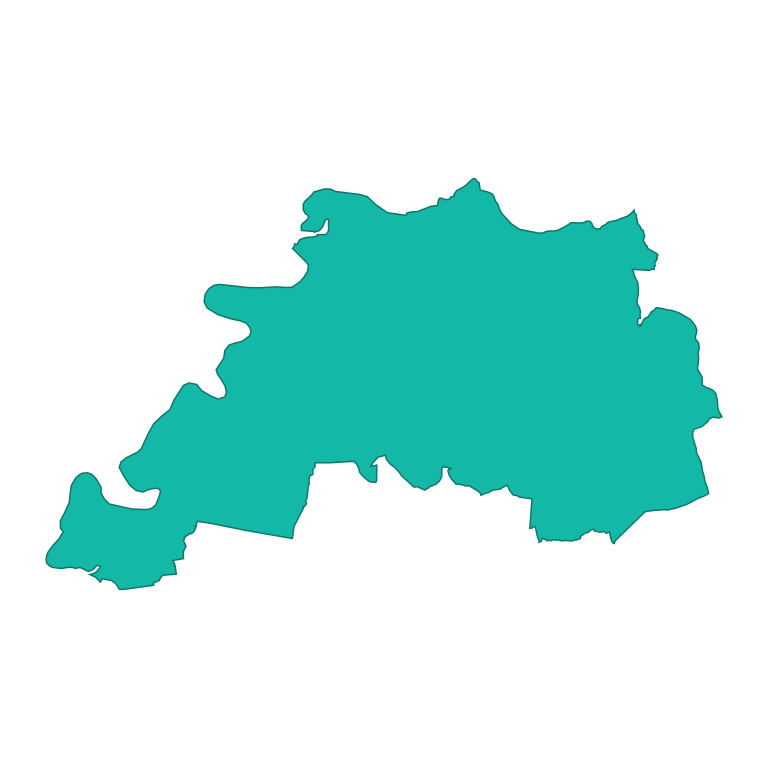 outline of Ion Creanga, Neamt, Romania
{"feature_id": "2599482B59992894618457", "entity_name": "Ion Creanga", "entity_type": "district", "adm_level": 2, "iso_a3": "ROU", "parent_name": "Romania", "parent_adm1": "Neamt", "projection": "robinson", "projection_center": [27.026, 46.861], "detail": "fine", "context": "isolated", "style": "filled", "palette": "teal", "viewbox_px": 768, "rotation_deg": 0, "n_neighbors": 0, "source": "geoboundaries", "source_scale": "gbopen_adm2", "svg_char_len": 6093}
<svg xmlns="http://www.w3.org/2000/svg" viewBox="0 0 768 768"><path d="M75.4,568.5L78.5,567.6L80.9,567.8L88.3,571.5L93.5,569.3L94.9,567.8L95.2,566.9L96.9,565.6L98.7,565.6L100.7,566.9L96.6,571.6L94.3,573.2L89.9,574.6L95.4,577.1L99.1,580.6L99.9,582.0L100.9,581.6L102.1,578.7L111.5,580.5L114.9,583.0L117.0,585.2L118.9,588.8L119.8,589.3L123.1,589.5L153.7,585.2L153.6,582.9L159.4,580.4L160.3,578.0L162.8,575.2L176.3,574.2L175.2,566.5L174.3,563.1L172.7,560.5L183.5,558.6L183.3,551.8L186.0,546.1L183.5,540.7L184.3,539.3L184.4,538.0L185.2,537.2L184.7,536.7L187.7,535.3L189.2,534.0L191.7,533.5L193.1,532.5L195.0,529.6L195.6,527.8L195.4,527.1L195.9,527.1L196.4,526.1L195.8,525.7L196.3,525.3L196.2,523.7L197.7,521.3L212.3,523.6L245.7,530.4L292.3,538.5L294.0,526.5L303.6,507.8L303.1,506.9L305.2,505.9L306.0,504.7L306.5,503.2L305.6,500.7L306.8,499.0L308.1,489.2L307.7,488.3L309.2,484.0L309.0,479.9L309.5,477.1L310.1,475.7L312.9,474.4L312.9,469.5L315.1,466.7L315.0,465.0L315.4,462.8L329.3,462.8L353.0,461.3L354.4,461.9L356.8,464.3L358.7,468.3L359.6,472.3L363.2,476.5L368.0,480.7L370.2,481.9L375.4,482.4L376.0,482.0L376.6,480.4L376.8,465.1L370.8,466.4L372.8,462.9L377.9,457.2L385.4,455.2L386.4,459.3L390.3,464.1L394.6,467.3L398.9,471.8L401.5,475.7L414.0,487.1L417.2,486.7L425.0,490.2L425.9,489.2L428.1,488.3L429.4,486.9L436.3,484.0L439.7,480.7L441.8,476.6L441.8,467.8L444.3,466.8L450.6,468.2L451.1,468.8L448.9,469.3L447.9,470.7L449.4,475.7L451.9,479.6L456.1,484.1L460.7,484.4L465.7,485.9L468.5,485.7L470.1,486.3L478.7,491.6L480.2,492.9L481.1,495.3L485.4,493.1L488.5,492.6L493.0,490.1L500.3,489.1L502.8,487.3L507.4,485.2L509.5,490.3L513.3,495.1L517.0,495.6L519.7,497.2L532.0,498.8L529.8,528.3L531.5,528.3L534.2,526.3L535.4,527.2L537.1,535.4L539.2,541.1L539.0,542.2L541.5,541.2L541.9,538.7L542.4,538.5L545.2,539.4L546.9,540.8L548.5,540.3L551.7,540.7L552.6,539.9L554.0,539.6L556.0,540.2L558.5,540.0L561.7,540.9L565.8,540.5L571.6,541.0L574.3,540.4L575.1,539.6L576.4,540.1L577.2,539.4L580.2,538.8L580.7,536.2L585.4,533.0L588.5,532.3L590.3,530.4L593.0,529.2L593.8,529.4L594.6,531.2L597.2,531.1L599.1,532.3L604.1,531.7L605.4,532.1L606.1,533.3L609.3,532.0L611.4,540.4L612.6,542.6L613.8,543.6L614.2,543.5L615.1,541.0L616.9,539.1L645.1,511.7L651.3,510.7L663.4,509.7L667.3,510.0L675.5,508.2L686.6,504.5L698.3,498.2L704.0,496.1L708.2,493.8L708.6,493.2L707.5,488.3L704.9,481.2L704.3,477.1L702.5,471.0L701.1,462.2L696.5,452.7L696.3,448.6L692.9,438.0L692.5,433.9L693.4,430.5L694.5,429.0L701.5,426.8L706.6,422.7L708.2,421.0L708.5,419.7L709.2,419.0L713.0,417.2L718.9,418.0L721.9,416.8L718.3,410.1L717.5,405.0L717.5,401.3L715.9,393.7L713.3,390.6L709.6,388.5L706.4,387.6L702.3,385.1L702.3,380.2L701.9,376.5L698.7,371.3L697.3,368.0L698.1,364.7L698.6,358.1L698.1,353.4L699.3,347.3L698.4,342.5L696.0,339.8L695.4,338.3L695.5,335.6L696.2,334.3L696.8,329.7L695.2,325.7L691.3,320.5L689.8,319.1L679.6,313.1L671.6,310.3L666.8,309.9L663.3,308.7L657.0,307.7L655.7,308.1L654.7,309.8L651.4,311.8L648.5,316.4L644.7,318.6L642.6,321.4L642.2,323.6L640.9,324.1L640.8,325.8L639.9,326.4L639.6,325.0L638.5,325.0L637.8,324.3L637.5,320.2L638.8,318.3L640.4,318.2L640.0,314.2L640.5,312.0L639.6,308.0L637.4,304.1L637.0,302.3L637.1,300.1L638.3,294.8L638.4,287.5L637.7,284.2L638.0,283.0L634.4,275.9L633.4,271.4L632.2,269.3L649.4,270.4L651.8,269.3L654.2,269.4L654.0,267.6L655.3,265.7L654.9,265.3L654.9,261.9L656.2,260.8L656.7,259.7L656.4,259.2L657.5,258.1L656.6,256.6L657.9,255.1L656.7,253.6L649.1,249.4L647.4,247.9L647.3,246.4L646.4,245.7L643.2,240.7L644.5,236.9L644.6,235.0L643.9,234.3L643.2,230.4L642.0,230.2L641.4,229.1L640.9,229.0L641.0,228.2L639.6,225.9L637.6,223.4L637.6,222.6L637.1,222.1L637.5,221.6L636.7,219.0L636.9,218.4L636.3,217.4L636.5,215.6L634.1,211.8L634.1,210.3L631.1,213.4L627.1,216.4L620.3,218.7L617.9,220.0L608.1,222.2L605.7,224.4L602.0,226.3L600.0,228.9L596.0,228.8L594.2,227.9L592.6,226.0L591.9,223.6L590.0,221.3L586.8,221.1L582.4,223.0L571.0,222.7L565.9,226.3L557.7,230.3L554.2,231.0L548.8,231.0L545.3,231.8L543.3,233.0L538.0,233.0L519.4,229.3L511.4,223.9L502.9,214.8L500.1,210.7L497.9,204.4L495.2,200.7L494.0,196.3L492.0,193.8L487.5,191.9L480.2,190.0L479.1,182.7L476.9,181.2L475.7,179.2L474.2,178.5L472.8,179.0L470.2,181.1L466.6,184.6L462.5,187.7L456.7,190.5L453.9,194.6L454.0,196.3L450.7,197.0L449.6,199.0L447.6,199.6L445.5,199.5L440.5,198.0L439.3,198.5L438.1,201.4L437.5,205.4L430.4,206.5L417.2,211.7L412.6,211.7L407.7,212.7L406.8,213.1L406.5,214.6L405.6,215.3L387.5,212.7L376.1,204.9L367.2,196.6L359.4,194.4L335.4,191.5L330.9,189.2L324.7,188.9L313.7,192.1L312.5,194.1L304.9,201.4L303.2,204.2L303.3,210.0L305.5,213.9L307.2,214.6L308.7,217.1L307.2,219.6L302.8,223.3L301.3,225.3L301.4,230.5L314.7,231.5L314.6,232.2L316.6,231.2L318.7,231.0L320.8,229.1L322.8,226.5L325.2,220.4L326.7,219.2L328.0,219.3L328.6,220.1L328.5,229.1L328.2,231.7L326.1,234.5L317.2,234.7L316.9,236.2L312.1,237.1L307.7,237.2L300.9,239.0L299.1,240.4L297.6,243.9L297.0,244.2L294.7,243.9L294.0,246.9L292.5,248.4L306.6,262.5L308.5,265.5L307.6,271.2L304.1,276.9L300.1,281.7L292.0,287.2L286.7,287.5L275.8,286.9L258.7,287.8L247.4,287.5L219.7,284.4L213.6,285.4L208.5,289.1L205.1,294.4L204.1,301.9L207.1,307.9L217.8,314.6L230.9,318.8L240.3,320.8L246.5,323.3L250.0,327.9L251.1,331.9L249.3,336.1L242.0,341.4L233.8,343.4L228.9,345.2L224.9,350.4L223.7,358.2L216.2,369.6L217.5,374.3L222.0,380.7L225.2,386.3L226.4,392.5L224.8,396.9L218.1,399.1L211.0,396.1L201.5,390.5L196.8,384.5L189.3,382.9L183.4,385.4L173.9,400.2L170.0,409.6L162.3,415.6L153.7,423.8L148.6,432.9L141.2,448.8L137.3,452.3L126.2,457.8L121.0,462.0L119.2,467.4L120.8,470.4L124.4,477.0L130.2,485.7L136.2,490.5L143.3,492.0L147.1,490.1L153.0,488.6L155.8,488.3L158.7,488.7L160.5,491.1L159.3,496.2L155.7,505.0L151.0,508.7L145.9,509.6L131.6,509.0L109.3,504.0L104.4,499.1L101.2,493.4L101.0,486.9L95.8,478.4L91.6,474.3L87.5,472.8L82.4,473.2L79.2,474.9L75.6,478.1L71.2,485.7L69.2,502.5L64.6,512.8L60.4,520.8L60.4,528.3L63.3,531.6L59.0,538.9L53.1,545.3L48.1,552.0L46.9,554.7L46.1,559.0L46.6,562.9L49.6,566.0L52.5,567.4L61.6,568.5L67.6,567.4L72.5,567.3L75.4,568.5Z" fill="#14b8a6" stroke="#0f766e" stroke-width="1.5"/></svg>